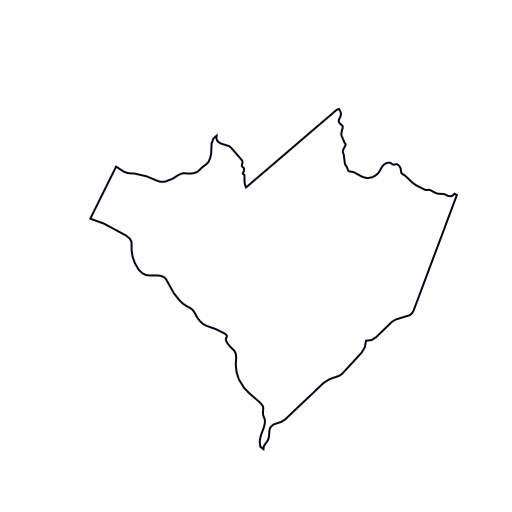 map outline of Gash Barka (orthographic projection), rotated 207°
{"feature_id": "ERI-1560", "entity_name": "Gash Barka", "entity_type": "Region", "adm_level": 1, "iso_a3": "ERI", "parent_name": "Eritrea", "parent_adm1": "", "projection": "orthographic", "projection_center": [37.465, 15.27], "detail": "fine", "context": "isolated", "style": "outline", "palette": "ink", "viewbox_px": 512, "rotation_deg": 207, "n_neighbors": 0, "source": "natural_earth", "source_scale": "10m", "svg_char_len": 2717}
<svg xmlns="http://www.w3.org/2000/svg" viewBox="0 0 512 512"><g transform="rotate(207 256 256)"><path d="M104.7,401.5L101.7,374.9L99.6,357.0L97.6,338.8L96.0,324.7L95.1,316.7L92.3,292.4L90.8,278.7L91.0,275.5L92.2,273.0L102.5,263.0L105.0,259.0L112.2,238.0L114.9,233.5L119.5,230.5L117.6,224.1L118.0,218.0L125.7,190.3L127.4,187.1L134.3,180.0L138.1,173.8L144.8,154.7L151.2,136.8L155.8,123.6L158.1,119.8L163.9,113.8L165.4,110.1L165.0,107.0L162.5,101.1L161.8,98.1L162.0,95.0L162.5,92.4L162.6,89.8L161.7,87.3L165.5,88.0L168.3,92.0L169.4,95.2L170.3,99.0L171.2,107.0L172.1,110.6L173.0,112.8L174.0,114.3L175.0,115.3L176.2,116.3L177.4,117.5L178.5,119.2L180.5,123.7L181.4,125.1L183.3,126.2L186.5,127.4L199.5,130.6L206.6,133.0L215.3,138.3L220.6,143.7L224.8,150.2L227.4,156.3L229.7,159.8L232.4,161.8L237.3,163.3L241.5,165.1L244.1,166.8L245.1,168.2L245.3,169.6L245.3,170.9L246.2,172.0L248.3,172.7L258.5,172.6L268.3,171.3L272.2,171.4L276.1,172.4L281.0,174.8L284.9,177.6L287.9,179.2L291.0,179.8L295.9,179.9L299.6,180.4L304.1,181.8L312.1,185.4L325.8,194.6L328.3,195.4L331.8,195.1L334.8,194.0L342.5,190.1L345.9,189.0L349.7,189.1L354.3,190.5L360.9,194.8L365.6,199.3L369.3,204.4L373.2,211.9L376.1,214.1L380.8,215.2L406.3,215.8L420.6,214.0L421.2,272.1L411.9,271.1L407.4,271.8L401.7,274.3L389.7,277.3L377.2,278.3L375.2,278.7L373.1,279.6L370.5,281.2L365.2,287.2L362.2,292.5L360.1,295.2L358.2,296.9L353.0,299.0L349.9,300.9L347.4,303.2L346.1,305.1L344.1,310.8L341.5,316.2L341.0,318.8L341.3,322.1L342.2,326.3L346.6,336.0L347.3,341.3L345.7,345.3L344.8,343.1L343.4,341.4L341.2,340.5L337.9,340.3L329.9,341.7L327.4,341.2L312.2,335.0L311.0,334.1L310.2,332.6L310.1,331.4L309.8,330.2L308.4,329.2L306.8,328.9L306.2,328.2L305.9,327.3L305.4,326.2L305.3,325.8L305.3,324.2L305.3,323.7L304.8,323.2L303.4,323.0L302.8,322.5L300.1,317.2L298.4,314.7L296.0,312.6L290.3,326.4L281.2,348.4L272.2,370.2L263.5,391.4L255.4,410.9L250.4,423.0L248.8,424.7L246.3,423.0L244.8,421.3L244.1,418.9L244.0,415.2L243.6,413.8L242.5,412.7L241.0,412.0L239.6,411.7L237.8,411.1L236.9,409.4L236.2,405.8L235.2,403.1L234.6,402.2L228.9,397.4L226.9,396.3L226.5,394.7L226.6,391.4L226.4,389.3L225.8,388.1L223.7,385.9L218.4,378.2L215.7,376.7L212.3,373.7L210.4,374.0L207.3,375.1L197.0,374.8L192.1,375.9L188.1,379.0L186.0,382.1L184.8,385.0L184.4,387.9L184.3,391.4L183.9,394.4L182.8,396.8L181.3,398.6L179.5,399.8L178.5,400.0L175.9,399.7L174.8,399.8L172.7,401.5L171.9,401.8L170.4,401.6L169.2,401.2L168.1,400.6L167.0,399.8L164.5,396.3L163.7,395.7L159.0,395.1L149.9,392.4L145.4,391.7L135.8,391.7L134.4,392.0L132.1,393.4L131.0,393.8L124.6,393.7L121.8,394.2L117.5,396.2L115.5,396.7L112.5,396.7L110.2,397.3L108.4,398.7L107.4,401.6L104.7,401.5Z" fill="none" stroke="#020617" stroke-width="2"/></g></svg>